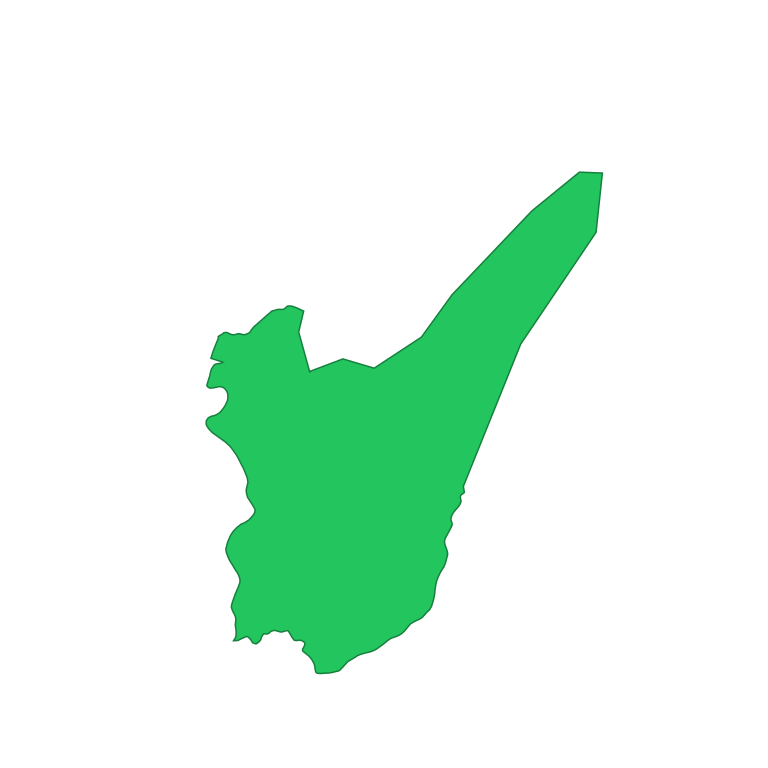 Bazile, Dennery, Saint Lucia, rotated 124°
{"feature_id": "8701671B50411660224690", "entity_name": "Bazile", "entity_type": "district", "adm_level": 2, "iso_a3": "LCA", "parent_name": "Saint Lucia", "parent_adm1": "Dennery", "projection": "mercator", "projection_center": [-60.918, 13.909], "detail": "fine", "context": "isolated", "style": "filled", "palette": "green", "viewbox_px": 768, "rotation_deg": 124, "n_neighbors": 0, "source": "geoboundaries", "source_scale": "gbopen_adm2", "svg_char_len": 6157}
<svg xmlns="http://www.w3.org/2000/svg" viewBox="0 0 768 768"><g transform="rotate(124 384 384)"><path d="M274.3,293.0L139.7,293.0L87.0,320.9L99.1,340.5L157.8,358.2L272.0,377.5L324.2,379.2L376.4,401.0L386.2,432.1L414.7,452.3L416.0,451.8L388.6,483.8L368.4,491.4L369.0,494.2L369.1,495.6L369.6,498.3L369.8,499.4L370.7,503.1L371.4,504.7L371.9,505.6L372.5,506.5L373.5,507.6L374.1,507.8L374.3,507.8L374.7,508.0L375.5,508.1L376.9,508.5L378.0,509.0L378.5,509.3L379.4,510.5L380.8,512.7L381.5,513.7L381.8,514.0L382.7,514.7L384.2,515.9L384.6,516.4L385.0,516.6L385.1,516.8L385.4,517.0L385.7,517.3L386.9,518.0L387.1,518.0L389.4,518.5L389.8,518.7L395.1,520.2L395.5,520.2L398.3,521.0L399.8,521.3L402.8,522.1L403.9,522.4L408.7,523.7L409.2,523.8L409.6,523.9L410.0,523.9L410.4,524.0L411.0,524.0L411.5,524.1L412.1,524.1L413.8,524.2L415.6,524.1L416.2,524.2L417.2,524.4L417.4,524.6L418.9,525.5L420.2,526.4L420.7,526.9L421.3,527.4L421.7,528.0L422.0,528.7L423.0,531.7L423.3,532.0L423.4,532.4L423.9,533.0L424.7,533.8L425.0,534.0L426.3,535.1L427.2,536.1L427.6,536.6L427.7,536.9L428.5,538.9L429.1,542.8L429.8,544.2L431.3,545.6L432.8,545.8L435.4,547.2L437.4,548.0L438.2,547.2L439.8,546.7L441.6,546.3L445.3,545.6L452.7,543.9L459.5,541.9L456.0,529.7L458.6,531.2L459.9,533.0L461.8,534.8L463.4,535.5L468.3,535.4L472.8,533.9L474.3,533.1L478.6,531.9L482.5,530.7L484.6,529.8L484.9,528.6L485.0,526.7L484.6,525.8L482.5,523.2L480.1,520.8L478.6,519.5L477.2,517.2L476.8,514.7L477.0,512.9L478.0,510.1L479.8,507.8L482.6,505.8L485.0,504.6L490.1,503.7L493.2,503.6L496.9,503.8L499.7,504.2L503.3,505.8L505.4,507.3L507.8,509.5L510.4,510.8L513.9,510.8L516.6,509.1L517.6,507.8L519.1,504.6L520.3,499.2L520.8,483.1L521.8,476.5L524.6,468.6L526.4,464.5L530.6,457.0L532.5,453.4L533.2,452.4L536.3,447.7L538.3,444.8L541.7,441.8L548.9,439.0L551.6,436.8L554.2,433.8L557.2,426.7L559.1,422.6L560.4,420.5L562.3,419.5L564.6,419.1L567.7,419.3L572.3,420.0L576.9,422.0L580.1,424.1L585.2,425.7L590.4,426.6L594.9,426.6L600.1,425.7L603.2,425.0L609.3,422.8L611.9,420.4L614.5,416.7L617.0,412.6L619.0,407.8L620.5,405.0L622.4,400.3L623.9,397.5L625.4,395.5L626.9,393.8L629.4,392.4L633.3,391.4L641.5,389.8L648.8,387.9L652.4,386.8L654.3,385.8L655.9,383.9L656.7,382.6L657.6,381.2L658.4,379.5L660.2,376.9L661.7,375.3L664.8,373.7L667.0,372.5L671.6,368.4L673.2,367.3L676.4,365.4L681.0,365.2L679.0,362.5L678.4,361.7L676.5,360.7L674.4,359.5L670.2,356.8L669.8,355.8L669.9,353.8L670.6,351.1L672.0,348.3L671.1,344.8L668.9,343.8L668.6,343.8L667.4,343.4L666.9,343.4L666.6,343.3L666.3,343.3L665.8,343.2L664.8,343.3L663.9,343.5L662.1,344.0L661.5,344.1L661.2,344.1L660.9,344.2L659.4,344.1L659.1,344.1L658.8,344.1L658.3,343.9L657.9,343.3L657.2,341.9L656.9,341.4L656.4,341.0L655.8,340.6L655.0,340.1L654.5,339.9L652.4,339.4L651.9,339.1L650.9,338.3L649.7,337.3L649.0,335.8L648.1,333.2L647.7,331.8L647.0,330.3L645.8,329.2L645.5,329.0L645.2,328.7L644.8,328.5L643.5,327.3L642.9,326.6L642.5,326.0L642.3,325.5L642.3,325.3L642.8,324.0L645.5,318.4L646.0,317.0L646.6,315.2L646.5,314.8L646.3,314.3L645.9,313.5L645.3,312.6L644.6,312.0L643.8,311.0L643.5,310.5L642.9,309.1L642.6,307.9L642.6,306.5L642.7,306.3L642.7,305.6L643.0,305.0L643.4,304.4L644.0,304.1L644.4,304.0L645.6,303.6L646.0,303.6L646.3,303.5L647.3,303.4L647.7,303.3L649.0,303.2L649.5,303.0L649.8,303.0L650.3,302.7L650.7,302.2L650.9,301.6L650.9,301.4L651.0,301.1L651.0,300.8L651.0,300.0L651.1,299.4L651.1,298.8L651.2,298.5L651.4,296.6L651.4,296.2L651.4,295.4L651.5,295.1L651.5,294.8L651.6,294.0L652.1,292.1L652.8,289.9L653.6,288.1L653.9,287.7L654.5,286.5L655.4,285.1L656.5,283.8L658.7,281.9L659.3,281.3L660.8,279.6L661.1,279.1L661.2,278.7L661.2,278.2L660.9,277.2L660.3,276.0L659.7,275.0L657.4,272.0L657.2,271.8L656.7,271.2L655.1,269.0L653.8,267.4L652.6,266.1L651.6,265.1L650.0,263.8L649.6,263.3L649.0,262.9L648.8,262.6L647.9,261.8L647.2,261.2L646.6,260.9L645.6,260.5L642.7,260.0L641.1,259.7L640.4,259.7L638.5,259.4L637.8,259.3L637.1,259.2L636.4,259.1L635.7,259.0L635.3,258.9L634.4,258.8L633.5,258.4L632.3,257.8L630.0,256.7L627.1,255.4L626.8,255.2L626.4,255.0L626.2,255.0L625.8,254.8L625.3,254.6L625.0,254.4L624.3,254.2L622.8,253.3L620.7,251.8L620.0,251.2L619.7,251.0L616.0,247.8L613.9,245.8L610.9,243.6L610.1,243.1L607.7,241.9L605.5,241.1L602.5,240.0L601.8,239.7L600.9,239.4L598.8,238.7L594.9,237.6L592.0,236.5L591.5,236.3L590.6,235.7L590.2,235.5L587.5,233.4L584.6,231.4L584.0,231.2L583.4,230.8L582.3,230.3L580.9,229.7L580.3,229.6L579.1,229.3L577.0,228.8L575.3,228.7L574.7,228.6L574.4,228.6L571.6,228.3L571.4,228.3L570.9,228.2L570.6,228.2L570.0,228.1L568.1,227.9L567.4,227.6L566.0,227.0L563.9,226.0L563.0,225.4L561.3,224.5L559.5,223.3L558.3,222.7L556.7,222.0L555.9,221.7L555.5,221.7L553.9,221.5L553.1,221.3L551.8,221.1L551.4,221.1L550.6,221.0L549.0,220.8L546.9,220.3L545.8,220.0L544.9,220.0L544.2,220.1L543.1,220.1L541.6,220.3L538.4,221.3L536.8,221.8L535.5,222.2L531.3,223.9L529.4,224.8L525.3,227.0L523.2,228.0L521.9,228.6L520.5,229.2L520.2,229.3L518.4,230.0L515.4,230.8L514.1,231.0L513.6,231.2L513.0,231.2L512.6,231.4L512.0,231.4L511.2,231.6L508.8,231.9L508.2,231.9L507.5,232.0L502.3,232.1L501.9,232.2L501.3,232.3L500.8,232.4L499.2,232.7L497.3,233.2L490.8,235.5L489.6,236.0L489.2,236.3L487.8,237.5L487.0,238.4L485.4,240.4L485.1,240.9L484.6,241.6L484.3,242.0L484.1,242.3L483.0,243.7L482.2,244.5L481.6,245.1L481.1,245.4L480.9,245.6L480.5,245.9L479.9,246.2L479.4,246.4L478.1,246.7L477.6,246.9L476.8,247.0L476.2,247.1L475.6,247.1L475.3,247.2L474.4,247.2L473.9,247.3L473.3,247.3L472.0,247.5L469.5,247.7L468.9,247.8L468.4,247.8L468.0,247.9L467.1,247.9L465.7,248.2L464.7,248.2L464.5,248.3L464.0,248.4L463.6,248.5L462.9,248.7L462.3,248.9L461.8,249.4L461.1,250.1L460.8,250.4L459.8,251.8L459.5,252.1L459.1,252.6L458.8,252.8L458.3,253.1L457.2,253.6L455.2,254.2L453.9,254.4L453.2,254.5L450.2,254.5L449.7,254.3L447.9,254.3L447.2,254.1L446.6,254.1L446.4,254.0L445.2,253.9L444.1,253.8L443.8,253.7L443.0,253.7L442.4,253.7L440.7,253.8L440.2,254.0L439.5,254.1L438.8,254.3L438.4,254.4L436.5,256.1L435.9,256.8L434.6,257.7L433.9,258.0L433.5,258.1L432.8,258.0L430.5,257.2L430.2,257.0L429.6,256.8L429.4,256.8L429.2,256.8L428.7,257.0L424.4,261.0L274.3,293.0Z" fill="#22c55e" stroke="#15803d" stroke-width="1.5"/></g></svg>